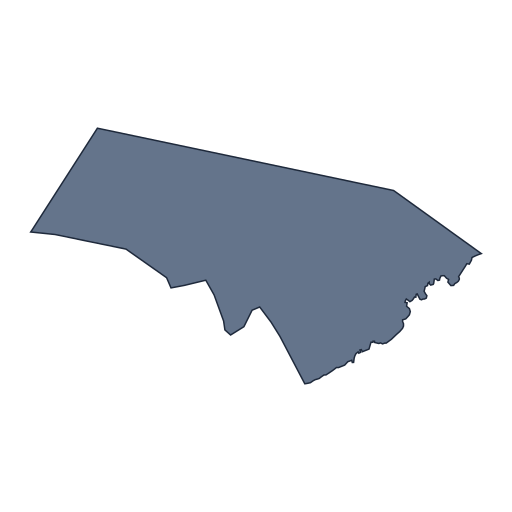 Negerubesang, Melekeok, Palau (Albers equal-area conic projection)
{"feature_id": "81905179B88331309358666", "entity_name": "Negerubesang", "entity_type": "district", "adm_level": 2, "iso_a3": "PLW", "parent_name": "Palau", "parent_adm1": "Melekeok", "projection": "albers", "projection_center": [134.627, 7.491], "detail": "fine", "context": "isolated", "style": "filled", "palette": "slate", "viewbox_px": 512, "rotation_deg": 0, "n_neighbors": 0, "source": "geoboundaries", "source_scale": "gbopen_adm2", "svg_char_len": 1735}
<svg xmlns="http://www.w3.org/2000/svg" viewBox="0 0 512 512"><path d="M356.4,182.7L97.4,128.2L31.8,230.4L30.7,232.0L55.1,234.5L85.5,240.8L126.0,249.1L166.6,277.7L171.0,287.9L184.3,285.4L205.8,280.2L214.1,294.9L223.6,321.0L224.9,329.9L230.6,335.0L243.9,326.7L252.1,310.2L259.7,307.0L271.1,322.2L279.9,336.3L304.8,383.8L307.2,383.4L310.4,382.7L313.1,380.8L315.1,379.7L317.6,379.0L319.4,378.4L320.4,377.5L323.9,375.0L326.0,374.9L332.5,370.6L336.5,367.5L338.4,367.6L342.2,366.1L344.7,365.1L347.8,361.7L350.4,360.8L351.7,360.3L352.3,362.5L353.6,362.4L354.2,358.0L354.9,355.7L356.0,353.6L358.1,351.9L358.8,353.2L360.7,352.3L359.9,350.0L361.3,349.6L362.4,351.7L369.0,349.1L371.0,342.2L372.9,342.3L373.0,341.2L374.5,341.2L374.7,342.5L378.9,343.5L380.4,342.9L382.6,343.9L384.7,343.1L386.2,343.1L391.4,339.3L396.4,334.5L399.7,331.6L402.5,328.4L403.5,326.1L403.5,323.7L402.6,321.6L402.6,319.8L405.7,318.9L407.8,316.7L409.4,314.8L410.3,311.6L409.4,308.6L406.6,306.3L407.1,302.7L405.0,302.4L405.3,300.8L406.3,299.0L407.8,300.0L409.9,301.7L412.1,300.4L413.4,298.8L414.5,297.0L415.8,297.2L416.2,294.3L417.2,293.9L417.8,295.1L419.9,299.2L421.5,299.8L422.9,299.1L424.6,299.0L426.3,298.1L426.9,295.7L425.7,294.1L424.1,291.3L424.6,289.4L425.2,286.6L427.5,285.6L427.9,283.2L429.2,282.2L429.2,283.6L430.7,285.1L433.2,284.4L433.7,283.4L434.3,279.1L435.8,278.9L437.9,280.5L439.5,280.1L439.8,278.4L441.0,275.9L442.5,275.7L444.3,275.7L446.6,278.3L448.6,279.4L447.9,282.1L450.9,285.6L453.6,285.4L454.8,283.6L456.8,282.5L458.4,281.1L459.3,279.4L459.3,278.1L458.6,276.7L463.6,268.9L465.3,266.3L466.8,263.7L469.3,264.1L471.4,260.3L472.0,257.5L475.5,255.8L478.7,254.5L481.3,253.6L393.6,190.5L356.4,182.7Z" fill="#64748b" stroke="#1e293b" stroke-width="1.5"/></svg>